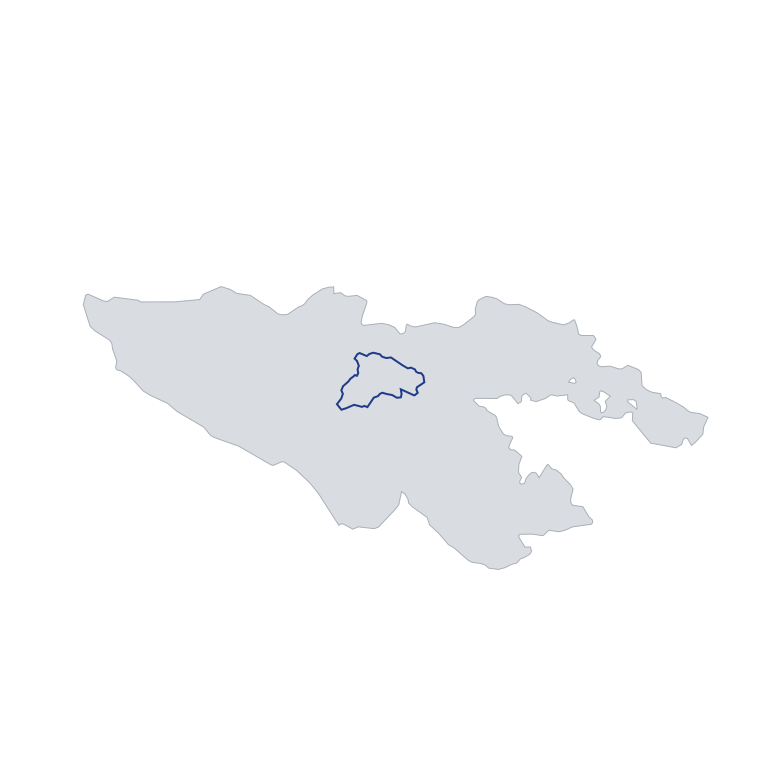 Ak-Talaa, Naryn, Kyrgyzstan (highlighted), rotated 208°
{"feature_id": "92254566B17697144541552", "entity_name": "Ak-Talaa", "entity_type": "district", "adm_level": 2, "iso_a3": "KGZ", "parent_name": "Kyrgyzstan", "parent_adm1": "Naryn", "projection": "equal_earth", "projection_center": [74.786, 41.313], "detail": "fine", "context": "in_parent", "style": "outline", "palette": "blue", "viewbox_px": 768, "rotation_deg": 208, "n_neighbors": 0, "source": "geoboundaries", "source_scale": "gbopen_adm2", "svg_char_len": 4503}
<svg xmlns="http://www.w3.org/2000/svg" viewBox="0 0 768 768"><g transform="rotate(208 384 384)"><path d="M176.0,454.3L177.8,453.2L183.6,452.0L195.3,450.8L199.3,451.7L207.3,456.5L213.4,455.9L214.5,456.6L216.8,460.7L225.4,454.7L231.5,452.9L234.8,446.9L241.5,439.8L247.1,438.6L247.2,439.8L248.3,440.8L254.0,442.5L255.8,440.6L256.7,438.0L254.8,433.9L254.8,432.1L256.6,429.6L265.8,433.5L267.8,433.4L272.0,431.2L275.9,427.4L277.3,424.3L296.2,414.5L297.5,412.7L297.3,411.4L289.4,409.1L285.9,410.4L282.6,410.4L280.6,408.9L271.1,408.4L269.0,407.4L262.7,400.3L254.9,395.8L251.1,396.0L246.5,397.9L245.1,397.1L244.8,390.3L244.0,386.3L241.3,385.4L237.8,387.0L228.2,384.8L227.2,376.4L223.7,369.0L218.6,366.1L218.5,361.6L216.8,359.8L215.3,360.3L213.3,362.5L214.2,367.4L213.3,372.3L212.2,374.8L209.9,376.6L207.4,376.7L203.1,374.2L202.1,389.1L201.3,390.0L196.1,387.9L191.9,388.8L185.7,387.9L181.0,385.4L172.0,382.6L167.7,379.9L165.2,369.9L162.8,366.4L160.4,365.6L150.7,369.0L140.9,363.0L136.0,361.7L134.7,359.8L135.0,357.6L150.3,346.5L156.4,338.9L160.2,335.7L169.8,332.3L172.1,325.3L172.9,324.5L182.6,321.1L193.5,315.0L193.7,313.3L192.7,311.9L183.1,306.2L178.1,308.8L175.2,305.6L175.3,302.3L178.7,296.6L181.5,293.7L182.7,288.3L186.7,284.6L190.8,278.8L195.8,274.1L204.9,270.6L209.9,271.7L214.7,270.9L222.0,268.0L226.5,267.8L245.3,272.2L251.6,272.4L266.1,278.1L277.6,281.0L283.1,286.4L301.5,288.9L306.5,290.5L308.3,293.2L313.6,296.6L318.0,297.3L314.2,284.1L315.8,276.3L321.8,254.9L324.8,251.7L339.8,245.7L343.3,241.2L354.0,241.3L356.2,240.5L357.5,238.0L390.7,256.7L403.2,261.9L420.7,266.7L435.4,268.3L437.9,267.2L443.8,259.9L446.5,259.6L483.1,260.9L509.2,257.0L513.0,257.2L522.8,261.3L553.8,262.6L565.9,265.3L585.2,264.3L593.3,264.8L608.0,270.0L613.2,271.2L622.8,272.0L626.4,271.1L628.5,272.3L630.8,278.9L640.0,287.4L643.4,292.0L646.8,293.9L664.1,295.2L670.6,297.0L686.8,313.0L689.1,322.4L687.5,324.4L670.7,325.6L666.9,327.0L663.0,334.0L640.5,342.5L637.2,342.3L607.1,358.4L586.4,372.0L585.6,378.5L573.6,393.5L564.4,395.3L556.5,394.9L543.7,399.5L527.2,397.9L521.6,398.2L510.7,396.1L506.4,397.2L501.8,400.2L495.5,412.1L492.9,414.9L491.7,417.7L490.8,423.5L488.4,429.6L483.0,439.0L478.4,443.3L474.1,446.1L470.7,440.3L465.1,444.3L459.9,443.5L456.6,444.7L449.3,449.6L438.5,449.5L437.3,447.8L435.1,434.1L433.2,427.6L431.6,426.2L429.7,426.0L414.2,436.7L407.0,438.6L401.1,439.0L393.4,435.8L391.7,436.6L390.3,438.3L389.8,440.5L392.0,446.6L391.4,447.8L387.9,447.7L383.0,449.1L368.1,461.8L358.7,465.1L349.9,466.4L344.7,468.7L341.7,473.4L335.9,486.5L336.1,489.2L338.5,492.7L340.3,500.7L339.8,502.7L335.1,509.3L329.1,511.3L324.4,512.2L315.4,511.4L310.7,512.7L302.2,517.7L295.2,518.6L281.9,518.7L268.9,516.9L264.6,517.5L253.1,520.5L249.1,525.1L247.0,529.4L245.8,530.0L241.3,526.1L235.5,519.4L232.6,519.4L222.2,525.0L220.6,524.8L217.7,522.7L218.2,514.1L214.9,512.4L207.8,511.9L205.5,510.0L206.3,504.5L205.6,502.4L203.8,500.9L200.1,501.3L192.7,505.9L184.0,507.5L181.0,509.0L177.5,515.0L166.0,516.2L162.3,514.9L155.5,503.8L149.6,502.1L143.5,502.5L135.2,505.4L133.3,503.0L131.2,502.3L129.2,504.3L119.1,504.6L108.9,504.3L103.0,503.0L99.2,503.1L91.6,506.1L82.3,506.7L81.6,496.3L78.9,489.3L82.0,477.8L83.7,474.1L90.5,478.4L93.0,477.7L93.7,475.4L92.8,470.3L96.3,464.7L120.8,457.0L147.5,468.2L150.9,475.5L153.3,475.1L157.1,471.9L158.3,465.7L163.6,462.2L175.3,458.1L176.0,454.3ZM189.4,479.7L189.9,478.6L188.0,473.3L190.8,468.3L185.4,467.4L182.6,466.0L179.6,460.9L178.5,460.7L176.9,462.1L176.0,465.4L176.7,469.0L180.5,472.4L178.5,479.5L186.6,480.3L189.4,479.7ZM161.2,484.6L161.0,483.1L159.1,482.4L149.0,480.4L149.4,481.8L153.2,487.1L156.1,487.4L161.2,484.6ZM221.4,475.5L222.0,472.2L215.9,474.1L215.2,475.8L217.3,477.9L219.9,478.6L221.4,475.5Z" fill="#d9dde1" stroke="#a8b0b8" stroke-width="1"/><path d="M356.1,411.0L358.9,409.9L361.3,409.9L363.6,411.4L367.9,411.1L370.3,409.0L376.4,409.2L390.3,410.7L394.2,408.0L398.4,407.2L401.6,408.3L408.1,406.6L411.0,403.7L412.3,400.6L420.0,399.9L421.5,397.9L421.9,392.6L418.7,391.7L414.8,388.3L414.2,384.5L411.8,381.4L411.8,378.5L413.9,378.2L414.6,376.1L416.1,373.0L416.7,369.2L419.1,363.0L418.7,358.4L415.7,356.0L414.9,351.1L416.1,344.1L409.5,341.3L406.0,344.9L400.7,351.5L396.6,352.6L392.8,353.4L390.9,355.5L387.8,355.8L386.6,367.2L383.6,370.5L383.0,373.3L381.4,375.5L376.6,376.5L371.7,378.1L371.4,378.1L366.2,377.9L362.9,380.1L363.7,383.3L366.7,387.2L352.2,388.1L351.6,388.5L350.1,392.1L352.8,394.2L353.4,396.6L349.2,404.4L353.0,409.6L356.1,411.0Z" fill="none" stroke="#1e3a8a" stroke-width="2"/></g></svg>